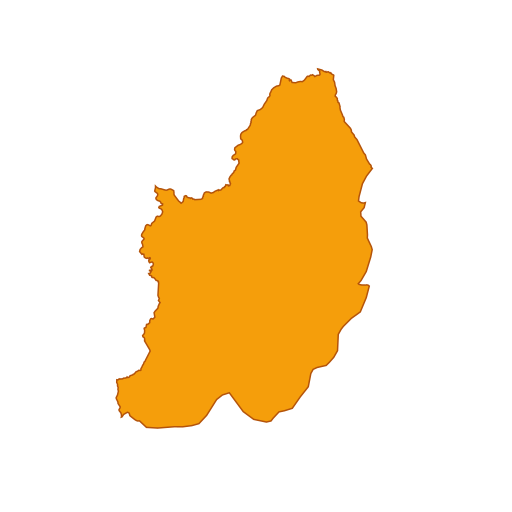 the district of Kayes, Kayes, Mali, rotated 19°
{"feature_id": "8926073B46590111149246", "entity_name": "Kayes", "entity_type": "district", "adm_level": 2, "iso_a3": "MLI", "parent_name": "Mali", "parent_adm1": "Kayes", "projection": "natural_earth1", "projection_center": [-11.81, 14.583], "detail": "fine", "context": "isolated", "style": "filled", "palette": "amber", "viewbox_px": 512, "rotation_deg": 19, "n_neighbors": 0, "source": "geoboundaries", "source_scale": "gbopen_adm2", "svg_char_len": 6082}
<svg xmlns="http://www.w3.org/2000/svg" viewBox="0 0 512 512"><g transform="rotate(19 256 256)"><path d="M372.9,247.6L371.8,247.1L370.2,247.2L369.1,247.8L365.0,249.1L362.6,249.3L361.7,248.9L363.3,245.0L365.3,234.8L364.8,219.7L363.8,212.2L362.0,209.6L355.4,202.8L354.5,199.7L350.7,190.5L349.1,188.1L342.3,184.2L340.6,180.2L342.5,175.1L342.0,169.9L340.6,170.9L338.1,171.4L335.0,170.6L334.1,166.3L333.1,153.0L334.5,144.4L337.5,135.3L335.9,134.6L335.7,133.5L334.4,132.3L333.6,132.2L328.9,128.3L326.5,124.8L324.3,123.5L313.5,113.0L310.5,111.3L309.4,109.7L305.9,107.6L305.1,105.9L303.7,104.5L295.6,100.1L295.1,98.2L293.8,96.2L292.8,95.9L291.8,94.5L288.4,90.7L287.1,88.5L286.9,87.5L284.6,84.2L283.5,84.0L282.7,82.5L282.2,82.3L281.6,80.6L280.2,79.6L279.0,79.3L278.8,78.9L278.6,78.0L278.9,76.0L278.8,74.5L277.2,71.5L275.3,69.2L273.7,66.1L271.7,64.1L270.7,59.8L270.4,59.6L268.5,59.4L267.0,58.4L266.7,58.9L264.3,58.3L262.7,59.3L262.0,58.8L261.7,59.3L260.0,59.3L257.8,58.7L253.4,59.0L253.7,59.5L255.8,60.4L256.2,60.8L256.5,61.9L257.4,63.1L257.2,64.3L254.8,65.4L253.2,67.2L252.2,66.6L250.4,66.2L249.9,66.9L248.6,67.2L247.7,69.0L246.6,69.0L245.9,69.6L244.5,74.0L243.0,76.1L241.2,76.5L238.9,77.8L237.1,79.3L233.6,80.2L231.9,78.2L231.4,78.3L230.6,79.4L230.3,79.1L230.3,78.2L230.1,77.8L229.1,77.6L227.5,77.8L224.7,77.4L224.3,77.0L222.5,77.2L222.0,79.5L222.9,86.5L222.2,87.5L220.1,88.7L218.0,91.2L216.7,93.8L216.6,95.9L216.3,97.6L216.4,98.7L216.9,99.4L216.9,100.2L216.7,101.0L215.8,102.4L215.6,103.1L215.6,105.5L214.4,109.8L214.0,113.2L213.4,114.5L212.2,116.3L209.9,118.1L209.6,120.6L209.7,123.1L207.6,126.3L207.1,128.3L207.5,129.7L207.5,130.8L207.9,131.3L207.7,132.5L208.0,134.2L206.8,138.9L206.7,139.2L205.9,139.6L205.7,140.6L204.6,141.3L203.1,143.1L202.5,144.0L202.0,145.8L202.3,147.6L203.4,150.2L205.3,151.0L206.4,152.8L206.0,154.2L204.7,155.8L203.1,157.0L200.8,160.5L201.0,162.1L201.6,163.0L202.9,163.8L203.4,165.6L203.3,166.3L201.8,168.2L201.2,169.8L201.4,171.0L201.7,171.7L202.5,171.8L203.4,172.3L204.4,172.2L204.8,171.8L204.8,171.3L205.2,170.8L206.7,170.1L207.5,170.7L208.2,170.7L208.8,171.6L209.1,172.7L209.7,173.3L209.8,173.7L208.4,178.6L208.6,181.5L207.6,182.9L207.8,183.6L207.6,184.6L206.8,186.0L206.6,187.4L206.2,187.7L205.6,189.7L205.4,191.9L206.4,193.5L206.7,193.7L206.7,194.4L207.5,194.7L207.9,195.7L208.4,196.0L208.2,197.2L208.3,197.9L207.1,198.7L206.6,197.9L205.7,198.1L205.2,198.4L204.3,198.4L204.3,200.3L204.0,200.7L203.7,200.7L203.5,201.8L203.0,201.9L202.5,202.4L201.2,205.2L199.9,205.7L199.3,205.5L199.1,206.3L198.6,206.0L198.1,206.3L197.8,206.7L196.2,208.1L194.7,210.2L194.2,210.3L193.1,211.2L190.6,210.9L188.1,211.6L187.4,212.2L186.6,213.3L186.6,214.4L186.4,215.8L186.8,216.8L186.4,217.8L186.7,218.9L186.4,219.2L186.2,219.7L185.3,220.4L179.7,222.7L178.8,222.4L177.7,222.8L177.1,222.2L175.9,222.1L175.1,223.3L175.2,222.5L172.9,222.9L171.1,222.5L170.7,221.8L169.7,221.9L168.7,223.0L169.1,223.8L168.9,225.1L169.4,228.1L168.7,229.5L168.0,230.5L166.2,229.6L165.1,229.3L158.9,225.1L158.2,224.1L157.8,222.8L156.9,221.0L154.1,220.5L152.9,220.6L151.9,221.2L150.2,222.8L148.8,223.2L144.4,223.4L142.3,223.9L139.4,223.2L138.2,222.6L138.7,224.0L139.1,227.6L139.6,228.0L142.3,228.9L142.9,229.4L143.1,230.0L143.2,231.3L142.5,233.3L142.5,233.9L143.3,235.0L144.1,235.3L145.4,235.6L147.2,235.5L148.4,236.2L149.1,237.1L150.8,237.2L151.0,238.4L148.4,240.6L148.3,241.8L148.8,242.2L151.0,242.4L152.1,243.0L153.4,244.6L153.4,247.1L152.5,249.5L151.4,250.3L149.7,250.5L148.9,251.6L148.7,256.0L146.8,259.1L146.8,261.3L146.5,261.8L146.0,261.9L144.4,261.6L143.0,261.7L142.6,262.0L141.9,263.4L142.0,266.2L142.3,267.5L141.5,269.8L140.9,272.7L141.2,274.2L141.7,274.7L144.0,275.5L144.6,276.1L144.6,276.6L143.7,278.5L143.4,279.7L143.8,280.8L144.8,281.7L146.0,283.8L146.1,284.3L145.2,285.3L144.3,287.5L144.5,289.7L147.6,291.6L148.1,290.9L148.8,291.1L149.4,290.9L150.6,293.3L151.6,293.7L152.8,293.9L153.5,293.8L154.1,293.2L155.3,293.5L155.7,293.2L155.8,292.3L156.3,292.1L156.8,292.6L156.8,293.4L156.2,294.5L156.1,295.5L157.0,296.6L157.6,297.0L159.1,295.8L159.8,295.5L160.7,295.9L161.5,296.8L161.7,297.9L161.5,299.6L160.8,299.7L160.3,300.5L160.3,301.3L161.3,301.6L161.5,302.3L162.3,303.0L161.7,303.8L160.6,303.8L160.0,304.2L160.1,304.6L161.6,304.7L162.0,305.0L161.5,306.0L161.6,306.6L161.2,307.1L160.3,307.5L161.7,308.8L163.1,308.7L163.8,308.9L164.2,309.8L164.9,310.1L166.5,309.7L168.0,310.5L169.5,311.6L171.0,311.4L171.6,311.6L171.7,312.1L172.1,312.0L172.8,313.4L176.1,325.1L177.2,326.6L178.4,327.6L178.3,329.9L180.5,331.3L180.1,332.6L179.9,335.5L180.2,336.9L180.1,337.6L178.6,340.9L178.1,342.8L180.3,346.8L179.1,349.1L177.6,349.1L176.9,349.7L176.6,351.6L177.2,353.7L176.6,354.8L176.2,355.1L176.0,355.9L174.8,356.3L175.2,359.5L173.9,360.4L173.8,360.7L173.9,361.1L175.0,362.7L175.6,365.0L175.6,365.8L174.7,368.1L175.4,369.2L176.8,369.5L177.5,370.3L178.0,371.6L178.3,371.8L178.2,372.5L185.8,379.0L186.9,380.3L185.4,390.8L185.4,391.8L184.8,392.6L184.8,395.3L184.4,396.0L184.3,398.0L183.9,399.9L184.3,401.5L183.7,402.0L182.4,402.2L181.3,403.8L180.4,404.3L179.2,407.3L178.4,407.8L178.2,408.5L175.9,410.2L175.7,411.5L175.1,412.2L174.5,412.6L173.5,412.3L173.5,412.9L172.3,413.9L170.4,414.7L170.0,415.5L167.8,416.5L167.3,416.4L167.0,416.9L166.5,416.9L165.8,418.1L164.7,418.3L165.4,420.8L166.8,422.3L167.2,423.2L167.3,423.9L168.5,425.2L168.9,427.1L169.9,428.6L170.3,432.5L169.9,435.4L170.3,436.3L172.9,438.9L173.6,440.4L176.7,442.8L176.9,443.6L176.5,446.0L177.0,446.8L179.2,448.2L180.3,449.7L181.0,451.3L181.1,452.2L181.7,451.7L182.4,448.9L185.3,445.6L186.8,445.7L187.5,446.2L188.7,448.0L189.7,448.4L194.6,450.1L196.4,450.5L197.9,450.5L199.5,449.8L208.2,453.7L219.0,450.7L234.4,444.0L242.2,441.4L250.5,437.3L256.6,433.1L261.2,422.8L265.5,404.5L269.5,398.3L275.3,394.0L294.6,407.3L307.0,411.2L319.9,409.6L323.9,407.1L325.0,403.8L328.5,395.9L333.2,393.1L339.9,388.2L343.7,374.8L348.0,362.6L346.1,349.3L346.9,344.6L350.1,341.5L358.0,336.6L360.1,332.3L362.5,326.5L363.9,319.0L359.3,303.3L360.3,297.7L361.5,294.1L366.4,284.0L372.8,274.9L373.8,259.5L372.9,247.6Z" fill="#f59e0b" stroke="#b45309" stroke-width="1.5"/></g></svg>